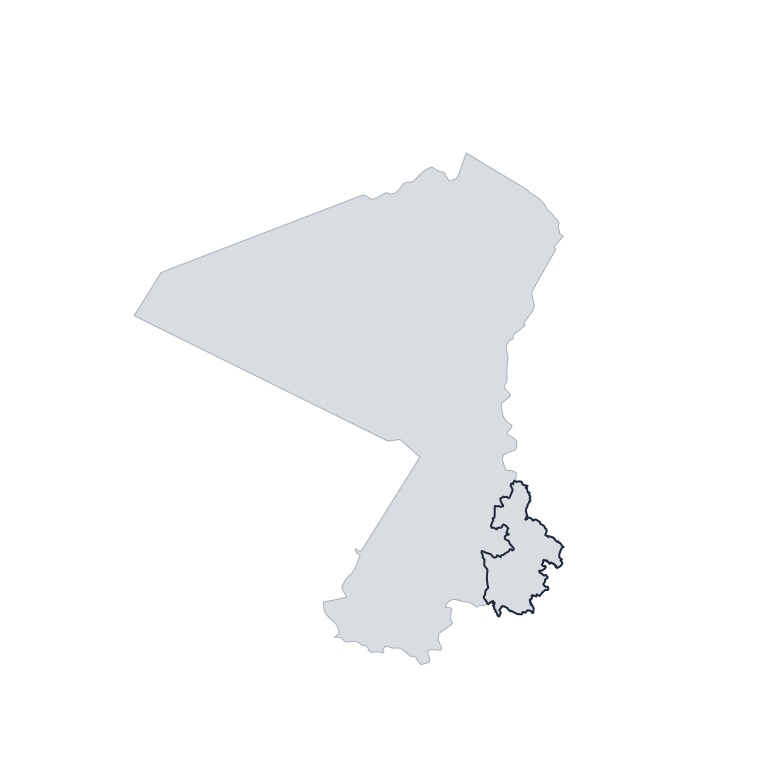 location of Sikasso within Mali, rotated 302°
{"feature_id": "MLI-2794", "entity_name": "Sikasso", "entity_type": "Region", "adm_level": 1, "iso_a3": "MLI", "parent_name": "Mali", "parent_adm1": "", "projection": "robinson", "projection_center": [-6.512, 11.478], "detail": "fine", "context": "in_parent", "style": "outline", "palette": "slate", "viewbox_px": 768, "rotation_deg": 302, "n_neighbors": 0, "source": "natural_earth", "source_scale": "10m", "svg_char_len": 9816}
<svg xmlns="http://www.w3.org/2000/svg" viewBox="0 0 768 768"><g transform="rotate(302 384 384)"><path d="M169.0,556.4L169.2,553.9L167.2,552.2L167.2,551.3L168.3,544.0L168.2,542.2L169.0,538.5L167.8,536.8L167.5,535.6L164.4,530.9L163.5,526.9L161.9,524.2L158.3,523.4L157.0,525.6L156.2,526.0L154.8,524.4L154.3,523.0L154.3,521.7L149.7,515.4L150.0,512.0L151.8,510.2L152.5,507.3L150.8,504.0L151.0,500.8L150.8,496.3L148.1,492.4L146.3,490.6L144.8,487.8L146.0,481.5L143.3,476.1L148.4,478.3L150.9,476.3L153.2,473.5L155.2,469.9L156.2,465.4L156.6,461.6L158.6,455.5L161.1,452.7L166.2,448.5L167.6,448.9L175.9,457.8L180.6,462.3L182.3,464.7L183.8,464.7L186.2,460.3L188.6,456.6L189.7,455.6L198.0,455.1L202.4,455.9L206.2,456.9L211.7,457.3L226.2,454.5L226.4,452.7L226.2,450.6L226.8,448.9L228.0,447.5L229.0,447.1L229.4,452.2L230.6,453.0L234.0,453.2L341.0,453.2L345.4,426.9L337.6,417.4L309.5,136.0L360.3,135.9L369.1,142.3L533.2,266.0L534.1,270.0L533.9,275.5L535.2,277.1L537.6,278.9L546.9,284.2L547.7,285.3L548.0,287.4L549.2,290.1L551.2,291.7L553.5,292.9L556.3,293.7L564.7,294.5L566.5,295.8L570.2,300.6L572.2,301.6L583.6,304.2L587.3,305.6L591.3,307.8L593.4,309.8L593.5,317.5L595.1,322.4L595.1,323.7L593.3,325.7L592.9,327.2L590.9,331.2L591.3,332.7L595.3,335.7L597.3,336.6L599.5,336.6L623.4,331.4L624.7,403.1L623.8,404.2L623.4,416.9L621.7,424.4L618.7,429.9L616.8,438.2L615.7,439.8L614.9,444.5L613.2,447.2L610.0,448.3L604.6,453.6L604.2,457.9L591.2,455.5L590.3,455.6L589.8,456.1L589.5,458.4L556.2,459.7L539.9,460.7L529.7,470.4L523.0,471.3L514.7,470.5L510.4,470.4L508.7,471.0L508.4,472.7L495.1,467.8L490.2,469.3L489.4,468.8L488.7,467.8L486.3,467.2L482.5,467.4L479.8,468.2L471.4,475.8L466.9,477.7L458.4,482.2L452.6,486.2L450.5,486.9L447.2,487.1L444.5,487.9L442.0,496.7L440.4,497.5L430.3,494.0L428.3,494.5L426.6,495.6L421.0,500.7L418.2,504.8L416.7,510.3L417.0,513.9L416.0,514.9L413.4,515.2L408.7,514.1L407.3,514.6L406.6,517.3L406.8,523.2L405.8,527.2L403.0,528.4L400.8,530.0L399.2,530.4L397.7,530.1L389.6,524.1L386.9,523.1L383.8,523.8L380.9,526.3L375.7,532.6L376.3,534.8L377.7,537.4L378.8,540.6L378.7,543.4L371.3,547.5L373.0,550.5L372.8,558.7L369.4,562.4L368.2,564.8L364.9,567.4L362.0,568.9L353.0,571.0L349.4,573.6L347.7,575.7L347.3,577.9L347.6,580.5L349.4,585.9L348.8,590.8L347.4,596.5L346.0,599.0L341.8,601.9L342.4,605.6L342.8,611.0L342.1,617.9L340.8,622.5L339.9,622.0L335.8,622.3L331.4,623.7L329.9,624.9L329.6,626.5L325.8,630.2L323.4,630.0L321.1,629.0L319.8,628.0L319.8,627.4L321.2,624.4L321.2,623.4L319.8,618.1L320.1,616.8L319.5,612.8L319.2,612.6L314.3,614.3L314.1,615.1L314.9,617.6L314.4,618.1L312.7,618.0L310.3,617.2L307.6,614.8L307.0,615.6L306.7,617.4L306.5,619.6L307.2,623.6L306.5,625.1L302.4,624.8L298.9,625.3L298.1,626.7L297.7,628.3L298.6,630.1L298.4,630.9L297.0,632.0L296.3,631.9L294.4,629.9L286.8,628.1L286.2,625.4L285.3,625.3L282.9,622.1L281.9,622.2L281.0,622.7L278.1,622.5L275.5,625.3L273.6,628.8L271.5,630.5L268.4,631.3L268.9,629.1L267.9,626.0L261.3,622.1L260.3,620.5L258.6,611.7L258.7,609.1L259.2,606.8L259.0,605.0L258.3,603.7L256.3,602.3L254.2,601.7L251.6,603.5L250.4,603.8L249.2,603.7L248.6,603.0L248.7,602.1L251.5,597.4L252.9,595.5L255.7,593.2L256.4,592.0L256.5,591.1L256.2,590.4L254.4,589.6L251.5,587.4L250.0,587.1L248.7,586.1L247.3,582.7L246.7,582.1L245.3,581.7L244.1,580.9L244.2,572.5L241.4,566.3L239.0,558.4L237.7,556.5L235.4,554.9L232.6,553.8L230.2,553.6L227.4,554.4L227.4,555.2L229.0,557.7L229.2,559.1L229.0,560.5L228.4,561.4L224.7,562.3L219.6,565.2L218.0,568.5L216.8,568.9L214.9,568.5L201.6,562.8L196.0,565.3L192.3,570.3L191.5,571.9L189.8,573.3L188.8,573.3L187.8,572.4L184.0,564.9L182.3,563.1L180.2,563.0L178.4,564.2L176.5,566.8L174.2,569.1L172.7,569.8L171.4,569.4L165.9,564.4L165.6,563.3L168.1,557.3L169.0,556.4Z" fill="#d9dde1" stroke="#a8b0b8" stroke-width="1"/><path d="M371.8,546.0L371.5,546.0L371.3,546.0L371.2,546.1L371.0,547.8L371.2,548.4L372.5,549.5L373.0,550.0L373.6,551.6L373.9,552.0L374.0,552.1L373.9,552.7L373.4,553.3L372.4,554.6L372.2,555.4L373.2,558.2L373.5,559.7L372.6,559.9L371.8,559.0L371.4,559.0L371.1,559.2L370.9,560.3L370.9,560.8L368.3,563.4L369.0,565.0L368.7,565.3L367.8,565.4L366.8,566.0L366.5,566.7L366.4,567.2L366.3,567.6L365.7,568.0L364.8,567.9L364.5,568.0L364.2,568.3L363.5,569.4L363.1,569.7L362.3,569.9L361.8,570.1L361.2,569.5L360.6,569.5L359.3,570.0L358.7,570.0L358.1,569.8L357.5,569.8L356.8,570.1L356.3,570.5L356.0,570.6L353.5,570.6L352.1,571.5L351.2,571.8L350.8,572.3L350.0,573.2L348.9,574.3L348.3,575.2L348.1,575.4L347.8,575.4L347.3,575.1L347.1,575.1L346.8,575.4L345.8,575.6L345.4,575.9L345.3,576.0L344.6,575.5L344.0,575.7L344.0,575.8L344.2,576.2L345.2,576.8L345.3,576.9L345.8,576.8L346.3,576.9L347.4,577.5L347.7,578.0L347.9,578.7L347.9,580.0L347.7,581.3L347.1,582.3L347.1,582.7L347.3,583.1L348.2,583.2L349.3,584.1L349.6,585.3L349.6,588.0L349.7,589.2L349.5,589.5L348.9,589.9L348.4,590.3L348.3,590.9L348.5,594.4L348.4,594.9L348.1,595.6L347.2,596.7L346.9,597.5L346.7,598.8L346.4,599.3L345.7,599.8L344.7,600.2L341.8,600.6L341.4,600.9L341.3,601.4L341.6,603.5L341.4,604.3L342.1,604.2L342.5,605.1L343.1,607.4L343.4,608.1L343.5,608.5L343.1,610.5L343.1,611.1L342.6,611.4L342.5,611.6L342.3,612.1L342.0,613.9L342.2,615.0L342.7,615.2L342.4,615.5L342.2,616.0L342.1,616.6L342.4,616.8L342.5,617.1L342.1,618.9L341.3,620.3L341.0,622.0L340.9,622.5L340.1,622.2L339.4,621.7L339.0,621.6L338.8,621.6L337.9,621.8L336.3,622.0L332.5,622.9L330.4,624.2L330.0,624.5L329.6,625.1L329.5,625.7L329.6,627.5L329.3,627.8L327.9,627.3L327.6,627.6L327.5,628.4L327.3,629.1L326.9,629.8L326.4,630.4L323.8,630.4L321.5,629.5L321.1,629.3L320.6,628.5L320.2,628.2L319.8,628.3L319.7,627.1L319.8,626.6L320.1,626.2L320.6,626.5L320.8,626.4L320.9,626.2L320.7,625.7L321.4,624.8L321.0,624.4L321.1,623.7L321.5,622.7L321.1,622.1L321.0,621.8L321.0,621.5L321.4,620.7L321.3,620.3L321.1,620.2L320.5,620.3L320.3,620.2L319.8,619.6L319.6,619.6L319.3,619.7L319.2,619.6L319.2,619.1L319.3,618.8L319.9,618.3L320.1,618.0L320.1,617.6L319.8,616.8L320.1,616.5L320.7,616.1L320.8,615.7L320.7,615.4L320.5,615.2L319.6,614.8L319.5,614.5L319.7,613.1L319.6,612.7L319.3,612.5L318.6,612.6L317.9,612.9L317.4,613.3L316.8,613.6L315.5,613.5L314.8,613.6L314.3,613.8L314.1,614.4L314.1,615.7L314.2,616.2L314.9,616.6L315.1,617.0L315.0,617.7L314.5,618.2L313.8,618.3L313.1,618.3L311.5,617.9L311.1,617.7L309.9,617.0L309.3,616.5L308.8,616.1L308.2,614.9L307.9,614.7L307.2,614.9L307.2,615.0L306.8,615.8L306.6,616.4L306.6,617.1L306.8,617.8L306.7,619.4L306.4,620.4L306.4,621.0L306.8,621.7L307.6,622.0L307.8,622.3L307.8,622.7L307.4,623.4L307.2,624.7L307.0,625.1L306.3,625.3L305.6,625.3L304.5,624.5L303.9,624.3L303.2,624.4L301.5,625.3L301.0,625.3L299.3,625.1L298.6,625.2L298.3,625.6L297.6,628.3L297.6,628.7L298.3,629.3L298.6,629.7L298.7,630.5L298.3,631.2L297.7,631.8L297.0,632.0L296.3,632.1L295.8,631.5L295.3,630.8L294.9,630.1L294.4,629.8L291.5,628.9L289.2,628.5L287.3,628.5L286.8,628.3L286.6,627.9L286.5,627.1L286.7,625.7L286.6,625.2L285.9,625.2L284.8,625.6L284.4,625.6L284.4,624.7L283.8,623.4L283.8,622.4L283.7,622.0L283.4,621.7L283.1,621.5L282.8,621.4L282.4,621.5L281.7,622.5L281.4,622.7L281.2,622.8L280.3,622.8L279.7,622.8L278.6,622.0L278.0,622.1L277.8,622.4L277.6,623.2L277.3,623.3L277.0,623.2L276.7,623.3L276.3,623.7L276.3,623.9L275.9,624.1L276.2,624.6L275.9,625.1L275.3,625.6L274.7,625.7L275.1,626.3L274.7,627.0L274.6,627.4L274.5,627.7L274.1,628.0L273.9,628.7L273.2,629.7L272.6,630.1L271.6,630.4L270.7,631.1L270.2,631.4L269.6,631.5L269.0,631.6L268.4,631.3L269.1,629.7L269.2,629.0L269.2,628.1L268.7,626.5L268.2,625.8L267.7,625.4L266.1,625.3L265.3,625.2L264.7,624.7L264.6,624.3L264.6,623.4L264.5,623.0L264.2,622.5L264.0,622.4L263.3,622.8L262.6,622.9L262.0,622.9L261.4,622.6L260.7,621.0L259.8,619.7L259.5,618.8L259.0,612.2L258.9,611.6L258.1,611.3L258.2,610.6L258.8,608.7L259.2,608.1L259.3,607.5L259.2,604.1L259.0,603.3L258.6,602.5L258.0,601.9L257.3,601.5L257.0,601.5L256.4,601.9L256.1,601.9L255.3,601.7L254.4,601.8L253.8,601.6L253.3,601.6L252.6,603.4L252.3,603.9L251.8,604.3L251.3,604.5L250.8,604.5L249.7,604.4L249.2,604.5L248.7,604.8L248.2,604.9L247.7,604.6L247.6,604.1L247.7,603.5L248.2,602.5L249.6,601.0L249.9,600.3L249.9,599.3L250.1,598.9L250.4,598.8L251.0,598.8L251.2,598.6L251.5,598.1L251.6,596.9L252.0,596.3L253.1,595.7L253.6,595.5L253.6,595.3L253.4,594.8L253.7,594.1L254.0,593.8L255.1,594.1L255.7,594.2L256.3,594.2L256.8,593.9L257.1,593.5L257.3,592.6L257.0,592.5L256.5,592.6L255.9,592.5L255.7,592.0L256.0,591.5L256.7,591.2L257.2,591.1L256.5,590.5L255.6,590.0L253.9,589.4L253.1,589.4L252.7,589.2L252.5,588.7L252.4,588.1L252.8,587.7L253.9,586.1L255.6,581.9L256.6,581.3L258.4,581.4L262.2,579.8L263.7,579.7L266.1,580.4L267.2,579.7L269.3,577.4L270.1,577.1L272.3,575.2L275.6,573.1L280.6,570.6L281.6,569.7L282.7,566.7L283.5,565.0L284.2,564.5L287.1,562.9L288.2,562.4L288.6,561.5L289.1,559.7L290.1,559.3L291.3,558.3L292.5,556.2L294.1,555.5L294.5,556.5L295.0,560.1L296.1,564.2L296.1,565.3L295.2,567.7L295.2,569.5L296.2,570.6L297.1,571.1L298.5,570.7L299.0,571.5L299.1,574.6L300.5,574.3L301.3,574.6L302.2,575.8L304.3,576.4L308.1,578.4L310.6,578.4L311.1,579.0L310.9,581.0L312.2,581.6L313.1,581.5L313.8,579.9L314.9,576.5L315.2,575.1L317.0,573.1L316.7,570.6L316.6,569.0L318.0,567.5L319.4,567.4L320.9,568.0L322.3,569.5L322.7,569.2L322.6,566.8L323.4,566.4L324.3,566.4L326.3,565.8L327.3,565.9L328.4,562.9L328.2,559.9L327.4,559.5L324.8,559.7L323.8,559.1L323.2,557.7L321.7,556.4L320.6,556.6L320.6,555.7L320.2,554.5L320.2,553.2L319.2,551.4L320.6,549.7L326.7,548.7L327.4,547.5L327.7,547.4L328.5,548.1L329.9,548.2L334.3,545.6L339.1,542.7L339.5,542.9L340.5,545.4L341.4,546.1L341.6,547.9L343.4,549.7L344.2,549.4L345.1,547.2L347.4,544.1L348.2,543.4L348.8,543.5L351.8,545.1L352.2,546.4L353.3,547.9L353.2,549.9L354.2,550.7L361.6,549.5L362.6,549.1L363.3,547.9L365.1,545.2L366.9,544.7L367.4,546.5L368.2,546.4L368.7,545.9L371.2,545.8L371.8,546.0Z" fill="none" stroke="#1e293b" stroke-width="2"/></g></svg>